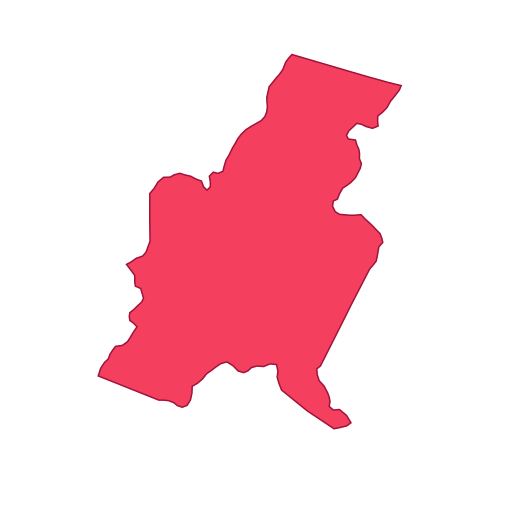 outline of Tubarão, Santa Catarina, Brazil, rotated 256°
{"feature_id": "56859067B23509848673749", "entity_name": "Tubarão", "entity_type": "district", "adm_level": 2, "iso_a3": "BRA", "parent_name": "Brazil", "parent_adm1": "Santa Catarina", "projection": "robinson", "projection_center": [-49.037, -28.479], "detail": "fine", "context": "isolated", "style": "filled", "palette": "rose", "viewbox_px": 512, "rotation_deg": 256, "n_neighbors": 0, "source": "geoboundaries", "source_scale": "gbopen_adm2", "svg_char_len": 2350}
<svg xmlns="http://www.w3.org/2000/svg" viewBox="0 0 512 512"><g transform="rotate(256 256 256)"><path d="M342.4,168.1L317.8,161.9L296.1,156.8L286.4,150.3L283.3,145.9L282.8,139.4L280.5,133.5L279.2,128.3L273.4,130.8L266.4,133.7L259.9,132.0L255.9,131.7L252.3,136.3L242.1,136.6L238.9,133.8L236.2,128.8L233.4,124.1L231.6,119.9L228.0,118.4L223.9,118.0L220.5,120.9L216.1,123.4L211.5,118.3L207.5,114.4L203.9,110.5L201.6,104.6L202.3,97.8L199.2,94.0L195.9,90.5L191.9,87.8L189.4,83.3L184.6,78.1L177.8,73.9L139.7,126.8L138.5,131.4L136.8,136.2L133.6,140.7L129.8,143.6L127.1,147.8L127.7,153.0L132.2,157.6L138.5,160.7L145.0,162.6L146.7,168.5L149.6,174.3L153.6,179.4L156.0,185.6L158.0,190.1L160.1,195.8L160.3,202.1L154.9,207.3L148.8,210.8L145.8,215.8L146.5,220.4L148.8,224.5L149.0,230.3L146.9,236.6L147.9,243.4L145.8,249.6L138.9,249.4L133.3,247.2L128.4,247.4L124.6,247.7L119.7,248.4L93.0,268.5L69.5,289.9L69.2,296.8L69.2,302.9L71.2,307.8L79.4,305.3L86.9,299.8L87.8,293.8L92.4,290.6L96.8,292.6L101.3,292.9L106.0,292.4L113.3,290.6L119.6,287.2L126.1,286.7L131.8,287.7L133.7,291.9L145.5,302.1L167.3,320.9L181.9,333.4L185.2,336.2L215.8,363.1L219.3,368.0L222.0,371.4L225.6,373.2L229.6,375.0L235.1,377.4L238.5,382.3L242.6,382.4L247.7,381.8L251.3,379.6L256.2,376.9L260.1,374.5L265.2,371.0L270.7,367.9L271.7,361.6L272.9,356.7L276.3,347.0L279.9,343.6L285.8,342.3L290.6,344.3L291.5,348.8L296.1,352.0L300.9,356.6L302.7,361.8L304.5,366.0L307.9,371.4L311.4,374.5L315.9,378.4L320.1,380.6L325.4,379.9L330.6,381.3L335.0,381.6L339.2,380.7L344.5,380.6L347.2,373.9L351.0,372.9L355.0,376.4L357.6,381.1L360.3,385.9L358.3,390.2L355.0,394.1L351.7,399.9L352.5,405.9L357.3,406.6L362.3,408.0L365.3,414.3L368.5,419.2L373.5,423.8L378.3,430.2L382.3,435.2L386.2,438.1L392.7,425.8L402.1,409.2L412.8,390.8L442.8,339.6L440.5,336.1L437.1,331.9L430.3,327.0L426.3,322.3L423.6,318.3L420.2,313.9L417.1,309.7L412.0,307.2L407.2,304.8L402.2,303.8L398.2,303.2L393.3,301.3L389.1,298.3L386.1,293.8L384.1,286.7L382.8,282.0L381.1,277.0L377.8,271.2L374.4,266.9L370.4,263.2L366.4,259.2L360.5,254.3L356.3,250.1L351.3,247.1L346.2,244.4L345.4,239.0L347.7,234.8L344.7,230.0L339.0,229.6L334.2,228.4L331.7,224.4L336.0,221.8L341.9,221.2L345.0,216.6L349.3,211.8L352.0,206.4L354.7,202.1L354.6,196.3L353.3,191.8L354.7,185.4L351.6,178.9L346.2,173.5L342.4,168.1Z" fill="#f43f5e" stroke="#9f1239" stroke-width="1.5"/></g></svg>